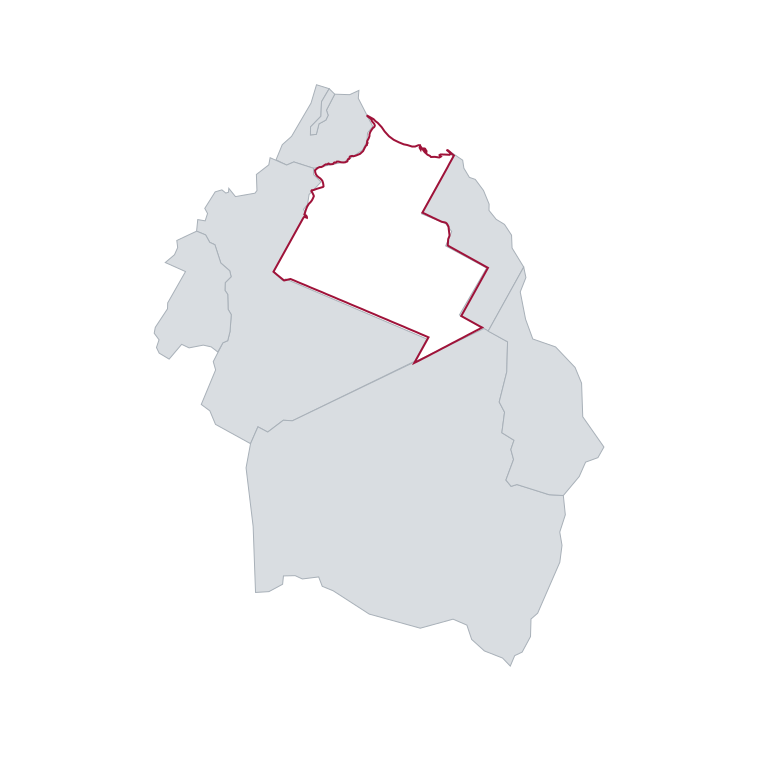 Mauritania highlighted, Mercator projection, rotated 119°
{"feature_id": "MRT", "entity_name": "Mauritania", "entity_type": "country or territory", "adm_level": 0, "iso_a3": "MRT", "parent_name": "Africa", "parent_adm1": "", "projection": "mercator", "projection_center": [-11.622, 21.016], "detail": "fine", "context": "with_neighbors", "style": "outline", "palette": "rose", "viewbox_px": 768, "rotation_deg": 119, "n_neighbors": 7, "source": "natural_earth", "source_scale": "50m", "svg_char_len": 7177}
<svg xmlns="http://www.w3.org/2000/svg" viewBox="0 0 768 768"><g transform="rotate(119 384 384)"><path d="M287.3,318.5L287.0,351.5L232.8,350.5L233.3,397.0L217.8,398.7L213.8,407.9L216.9,433.6L152.3,433.5L148.7,439.4L150.1,423.7L156.5,418.8L161.9,409.5L160.8,403.4L166.5,390.8L175.7,379.3L181.3,376.3L185.6,365.7L186.0,356.0L192.0,344.6L203.0,337.9L214.0,318.5L287.3,318.5Z" fill="#d9dde1" stroke="#a8b0b8" stroke-width="1"/><path d="M154.4,567.6L147.6,554.3L139.4,548.3L146.6,545.0L164.2,518.7L172.4,520.1L180.5,516.4L189.7,516.2L208.6,525.8L229.5,550.2L233.5,570.5L239.7,575.3L240.3,587.1L224.0,589.0L212.2,584.9L173.7,584.0L155.0,588.1L152.3,575.1L167.4,575.5L180.4,569.0L194.7,572.9L201.8,569.1L198.5,564.2L187.9,567.0L181.4,562.8L176.1,563.1L172.4,567.1L154.4,567.6Z" fill="#d9dde1" stroke="#a8b0b8" stroke-width="1"/><path d="M241.3,593.3L239.7,575.3L233.5,570.5L229.5,550.2L235.0,547.1L237.8,537.0L254.6,541.4L263.9,538.0L270.3,539.1L272.7,535.3L339.0,535.1L342.7,523.0L339.8,520.9L323.9,368.4L349.1,368.1L460.6,446.3L464.5,454.5L482.4,462.4L482.6,473.5L500.9,471.8L501.0,511.8L491.9,523.3L490.5,533.9L453.3,538.1L447.2,544.2L426.1,544.9L421.9,541.7L412.8,544.1L397.4,551.2L394.3,556.5L381.4,564.1L379.2,568.5L372.3,572.0L364.3,569.7L359.8,573.8L357.3,585.4L344.2,599.4L344.6,605.1L340.1,612.3L341.2,622.0L330.5,626.6L328.0,619.5L320.4,621.0L317.3,625.9L297.8,624.8L292.8,619.9L293.7,614.9L291.6,613.0L288.1,614.6L292.1,604.8L279.7,589.4L276.4,588.9L262.6,597.2L248.2,591.0L241.3,593.3Z" fill="#d9dde1" stroke="#a8b0b8" stroke-width="1"/><path d="M341.2,622.0L340.1,612.3L344.6,605.1L344.2,599.4L357.3,585.4L359.8,573.8L364.3,569.7L372.3,572.0L379.2,568.5L381.4,564.1L394.3,556.5L397.4,551.2L412.8,544.1L421.9,541.7L426.1,544.9L436.6,544.9L435.3,553.1L437.6,560.9L446.9,572.0L447.4,580.2L466.4,584.0L466.0,595.6L462.4,600.7L454.4,602.2L451.0,609.6L445.3,611.5L423.2,609.8L417.9,612.5L381.9,612.1L383.8,634.2L372.5,629.9L364.7,630.6L358.9,634.8L341.2,622.0Z" fill="#d9dde1" stroke="#a8b0b8" stroke-width="1"/><path d="M154.4,567.6L172.4,567.1L176.1,563.1L181.4,562.8L187.9,567.0L198.5,564.2L201.8,569.1L194.7,572.9L180.4,569.0L167.4,575.5L152.3,575.1L154.4,567.6Z" fill="#d9dde1" stroke="#a8b0b8" stroke-width="1"/><path d="M287.0,323.5L287.2,296.4L313.9,282.5L343.9,274.5L350.2,264.9L369.5,257.3L370.2,243.0L379.8,241.3L387.2,234.1L408.9,230.8L411.9,223.2L407.5,219.0L400.8,186.0L394.6,173.1L410.5,162.0L428.3,158.5L438.8,150.1L454.7,143.8L510.0,138.5L518.3,141.5L533.9,133.4L551.5,133.2L558.2,138.0L569.5,136.8L566.2,147.4L568.8,166.8L564.9,183.5L554.7,194.6L556.2,209.6L580.0,233.9L592.4,285.4L589.5,328.2L590.9,339.9L584.4,347.6L594.1,360.9L594.7,368.8L600.6,378.9L608.3,375.6L621.4,384.0L628.6,395.3L572.0,429.4L524.2,464.0L500.9,471.8L482.6,473.5L482.4,462.4L464.5,454.5L460.6,446.3L287.0,323.5Z" fill="#d9dde1" stroke="#a8b0b8" stroke-width="1"/><path d="M222.1,311.5L237.4,309.5L258.7,291.6L272.5,275.7L268.4,251.9L276.9,224.9L287.5,211.6L316.3,194.3L332.5,161.1L344.7,161.2L354.6,169.8L370.3,168.4L394.6,173.1L400.8,186.0L407.5,219.0L411.9,223.2L408.9,230.8L387.2,234.1L379.8,241.3L370.2,243.0L369.5,257.3L350.2,264.9L343.9,274.5L313.9,282.5L287.2,296.4L287.3,318.5L214.0,318.5L222.1,311.5Z" fill="#d9dde1" stroke="#a8b0b8" stroke-width="1"/><path d="M227.6,546.9L227.3,546.8L225.5,545.5L224.7,544.1L223.3,543.0L221.4,542.2L220.1,541.4L219.6,540.4L218.8,539.8L218.1,539.5L218.0,539.1L218.2,538.7L218.0,537.8L216.9,535.9L215.9,535.0L215.0,535.1L214.5,534.9L214.1,534.5L214.0,533.8L213.4,533.3L212.4,533.1L211.5,531.6L210.9,529.0L210.0,527.0L209.0,525.5L208.3,524.9L207.7,524.8L207.5,524.6L207.4,524.2L206.6,524.0L205.5,524.5L204.5,524.3L204.0,523.6L203.3,523.5L202.4,524.1L201.4,524.0L200.4,523.0L199.8,522.1L199.7,521.2L197.8,519.3L194.3,516.5L190.4,515.2L186.3,515.4L183.9,515.3L183.4,514.8L182.9,514.9L182.4,515.4L181.8,515.5L181.2,515.2L180.9,515.4L180.7,516.1L179.3,516.5L176.5,516.5L174.2,516.9L172.5,517.8L170.0,518.2L166.9,518.0L165.0,517.7L164.3,517.2L163.4,517.1L162.3,517.4L161.2,518.7L160.3,521.2L159.5,522.6L158.9,523.0L158.3,524.8L157.9,527.9L157.4,529.3L157.4,521.6L158.3,518.7L158.6,516.2L160.5,510.5L162.8,505.9L164.9,499.8L165.7,493.9L165.4,488.1L164.8,482.9L163.7,479.5L162.7,474.5L161.2,471.9L158.4,469.6L157.7,468.2L158.4,467.7L160.1,467.4L161.2,465.6L158.9,466.3L161.5,460.8L162.4,457.0L162.2,454.5L162.7,453.0L160.7,449.7L159.1,445.5L158.3,444.9L157.5,444.5L157.4,445.5L156.9,446.4L155.9,445.9L154.2,442.8L151.8,437.9L150.9,437.4L150.2,438.0L149.7,438.7L148.9,442.8L148.6,441.2L149.0,439.3L149.6,436.9L150.3,433.6L152.4,433.6L156.2,433.6L160.0,433.6L163.8,433.5L167.6,433.5L171.3,433.5L175.1,433.5L178.9,433.5L182.7,433.5L186.5,433.5L190.3,433.5L194.1,433.5L197.8,433.5L201.6,433.5L205.4,433.5L209.2,433.5L213.0,433.5L215.5,433.5L215.3,431.1L215.2,429.3L215.1,426.7L214.9,424.2L214.8,421.7L214.6,419.4L214.5,417.0L214.3,414.8L214.2,412.8L214.0,411.6L213.2,409.3L213.0,408.2L213.2,407.0L213.8,405.8L215.2,403.8L217.5,402.2L220.1,400.3L222.0,398.9L223.0,398.5L226.1,398.1L228.5,397.0L230.9,395.9L231.9,395.4L232.0,393.4L232.0,391.2L232.0,388.8L232.0,386.3L232.0,383.8L232.0,381.4L232.0,378.9L232.0,376.4L232.0,374.0L232.0,371.5L232.0,369.0L232.0,366.5L232.0,364.0L232.0,361.6L232.0,359.1L232.0,356.6L232.0,354.1L232.0,351.6L232.0,349.4L234.5,349.4L237.6,349.4L240.6,349.4L243.7,349.4L246.8,349.4L249.9,349.4L252.9,349.4L256.0,349.4L259.1,349.4L262.2,349.4L265.2,349.4L268.3,349.4L271.4,349.4L274.5,349.4L277.6,349.4L280.6,349.4L283.7,349.4L287.1,349.4L287.1,347.3L287.1,344.3L287.1,340.1L287.1,336.0L287.1,332.3L287.1,328.6L287.0,325.6L290.2,327.6L293.3,329.7L296.4,331.7L299.5,333.8L302.6,335.8L305.7,337.8L308.8,339.9L311.9,341.9L315.0,344.0L318.1,346.0L321.2,348.0L324.3,350.1L327.4,352.1L330.5,354.1L333.6,356.2L336.7,358.2L339.3,359.9L343.3,362.6L347.1,365.1L350.8,367.7L345.0,367.7L337.3,367.7L332.0,367.7L326.6,367.7L321.6,367.7L322.0,371.9L322.5,376.4L322.9,380.9L323.4,385.4L323.9,389.9L324.3,394.4L324.8,398.8L325.3,403.3L325.8,407.8L326.2,412.2L326.7,416.6L327.2,421.1L327.6,425.5L328.1,429.9L328.6,434.3L329.0,438.7L329.5,443.1L330.0,447.5L330.5,451.9L330.9,456.3L331.4,460.7L331.9,465.0L332.3,469.4L332.8,473.7L333.3,478.1L333.7,482.4L334.2,486.7L334.7,491.0L335.2,495.4L335.6,499.7L336.1,504.0L336.6,508.3L337.0,512.6L337.5,516.7L339.5,518.9L341.9,521.6L341.2,525.5L340.4,530.1L339.4,535.1L335.9,535.1L332.6,535.1L329.2,535.1L325.8,535.1L322.5,535.1L319.1,535.1L315.7,535.1L312.3,535.1L309.0,535.1L305.6,535.1L302.2,535.1L298.9,535.1L295.5,535.1L292.1,535.1L288.8,535.1L285.4,535.1L282.0,535.1L278.9,535.1L277.0,535.0L276.3,534.6L276.0,532.0L275.5,532.2L274.8,533.0L274.4,533.8L274.5,534.9L274.4,535.8L272.3,536.2L269.4,536.8L266.3,537.2L263.2,537.1L262.1,536.9L261.0,536.5L258.5,536.1L257.2,536.1L255.6,536.2L253.8,536.4L253.2,536.9L251.8,538.8L250.5,541.1L249.6,541.1L248.7,539.8L246.0,537.5L242.8,534.4L241.3,532.9L240.5,532.7L238.9,533.8L237.6,534.9L236.2,536.4L235.6,537.8L235.1,539.4L234.9,541.4L234.4,543.7L233.3,545.6L231.9,547.0L230.9,547.6L230.5,548.0L227.6,546.9ZM160.1,462.2L159.0,463.9L158.5,463.2L158.3,462.1L159.3,460.5L159.7,459.7L160.5,459.4L160.1,462.2Z" fill="none" stroke="#9f1239" stroke-width="2"/></g></svg>